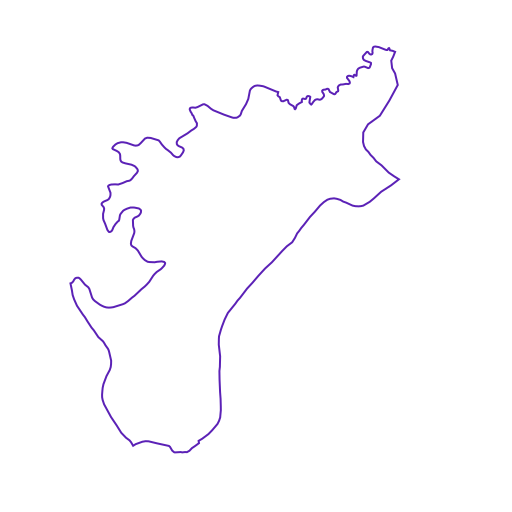 Xaybuly, Savannakhét, Laos (Albers equal-area conic projection), rotated 345°
{"feature_id": "54806243B76472997498531", "entity_name": "Xaybuly", "entity_type": "district", "adm_level": 2, "iso_a3": "LAO", "parent_name": "Laos", "parent_adm1": "Savannakhét", "projection": "albers", "projection_center": [104.961, 16.917], "detail": "fine", "context": "isolated", "style": "outline", "palette": "violet", "viewbox_px": 512, "rotation_deg": 345, "n_neighbors": 0, "source": "geoboundaries", "source_scale": "gbopen_adm2", "svg_char_len": 6052}
<svg xmlns="http://www.w3.org/2000/svg" viewBox="0 0 512 512"><g transform="rotate(345 256 256)"><path d="M443.2,94.8L441.1,93.2L438.7,92.0L438.6,91.5L438.5,90.0L438.3,89.6L437.7,89.7L436.3,91.0L435.4,90.8L434.5,90.3L428.7,86.0L425.4,84.5L424.1,84.4L423.6,84.5L422.9,85.0L421.8,87.2L421.4,88.4L421.2,90.0L420.5,91.0L419.5,91.2L418.6,90.9L417.8,89.9L416.9,87.9L416.3,87.6L415.8,87.6L411.3,90.5L410.7,91.3L410.5,93.0L410.8,94.1L411.1,94.7L412.7,96.1L416.5,98.7L417.0,99.2L416.9,99.8L416.7,100.5L414.6,103.3L413.7,103.6L412.9,103.5L409.9,101.2L408.9,100.9L405.3,101.0L403.6,101.4L403.0,101.7L401.9,102.7L401.2,103.7L399.8,107.8L399.6,107.9L399.1,107.7L398.2,106.6L397.9,106.4L397.4,106.6L396.4,108.4L395.1,107.3L393.2,106.2L392.0,105.9L391.1,106.0L390.3,106.5L390.0,107.5L391.5,111.2L391.6,112.5L391.3,113.3L391.0,113.6L389.7,113.8L387.5,113.0L384.4,112.8L382.1,112.3L380.3,112.7L379.2,113.5L378.6,114.3L378.3,117.4L377.9,118.1L376.1,118.5L374.6,119.9L373.8,120.1L373.1,119.8L369.9,116.7L369.3,113.7L368.7,113.1L368.0,112.9L365.9,113.2L364.7,112.9L363.4,113.0L362.7,113.5L362.5,114.6L363.3,117.0L363.3,118.4L363.1,119.1L362.2,119.9L360.3,121.2L358.9,121.6L357.8,121.5L356.0,120.5L355.5,120.4L354.1,120.4L353.3,120.6L351.3,121.9L349.2,123.7L348.5,124.0L348.0,123.3L347.3,121.7L347.6,120.8L349.6,116.4L349.4,116.0L348.4,115.2L347.1,114.9L346.3,115.3L345.1,116.9L344.7,117.1L343.9,117.0L342.4,116.2L341.8,116.1L341.5,116.2L341.1,116.5L340.5,117.5L340.2,119.1L337.2,119.8L334.8,120.7L334.3,121.0L332.6,123.8L331.7,124.3L331.4,124.0L331.3,122.1L330.9,120.9L328.2,118.3L327.4,117.1L327.1,116.4L327.2,114.0L327.0,113.5L326.1,113.0L322.3,113.6L320.8,113.0L320.5,112.6L320.3,112.0L320.1,108.8L318.9,107.5L318.4,106.3L319.9,103.4L318.1,102.4L307.8,94.5L306.7,93.8L303.6,92.4L301.4,91.6L299.2,91.4L298.3,91.5L296.5,92.1L294.7,93.0L293.8,93.7L292.9,94.7L289.2,102.3L285.7,106.7L279.9,112.2L278.0,115.1L276.9,116.2L274.3,117.2L273.0,117.4L271.2,117.0L269.8,116.6L268.6,115.9L261.7,111.2L252.5,104.2L250.6,102.1L248.1,98.5L246.1,96.6L245.3,96.0L244.1,95.8L238.1,97.0L235.8,97.1L233.5,96.2L231.7,95.9L230.9,96.0L230.3,96.4L229.9,97.4L230.2,99.7L230.7,101.1L231.1,103.5L231.5,103.8L231.8,104.5L232.0,106.4L232.6,110.2L233.3,112.5L232.6,114.8L232.0,115.6L231.2,116.1L228.8,117.2L226.0,118.0L221.6,119.8L213.2,122.2L212.1,122.6L210.2,124.0L208.9,125.5L208.5,127.4L208.9,128.7L209.9,129.9L212.3,131.8L213.0,132.5L213.7,133.9L213.5,135.4L212.3,137.0L209.5,139.4L208.1,140.3L206.6,140.4L205.4,140.2L204.2,139.5L202.8,138.2L202.0,137.1L200.6,134.2L198.1,130.8L196.8,129.3L195.6,127.3L193.9,123.9L192.7,120.6L191.9,119.1L184.8,114.7L181.6,113.6L179.2,113.8L173.9,117.1L171.4,118.4L170.2,118.5L168.4,118.3L166.8,117.6L160.3,113.2L157.2,111.8L155.0,111.2L151.5,111.2L149.1,111.9L146.4,113.4L145.6,114.1L145.1,114.9L145.4,115.7L148.6,118.4L150.0,119.9L150.4,120.5L151.0,122.4L150.8,124.0L150.1,126.8L149.9,128.0L150.0,129.0L150.3,130.0L151.3,131.1L153.8,132.7L159.4,135.6L161.7,137.5L162.5,138.4L163.7,140.8L164.0,141.8L163.9,143.3L162.6,144.8L158.8,147.2L156.4,149.1L154.3,150.3L153.0,150.5L150.6,150.3L146.1,151.0L141.4,151.3L138.4,150.3L134.7,149.5L132.9,149.5L131.6,149.9L131.1,150.5L131.8,157.3L131.2,159.5L130.4,161.0L129.5,162.0L128.4,163.0L126.9,163.5L123.4,164.0L122.3,164.3L121.2,164.8L120.4,165.5L120.2,166.6L121.5,169.4L121.6,170.8L121.1,172.3L119.2,175.7L118.1,179.9L118.0,181.9L118.6,185.7L119.2,192.3L120.1,194.6L120.9,195.0L121.9,194.9L123.0,194.5L124.0,193.6L125.8,191.2L128.5,188.8L131.4,186.9L132.6,186.5L133.3,185.5L135.2,181.3L136.2,180.2L139.4,177.9L140.9,177.4L143.7,176.9L147.2,176.7L149.7,177.3L151.2,177.8L155.2,179.8L156.5,181.5L156.7,182.5L156.1,184.1L155.3,185.1L153.4,186.6L151.9,187.1L148.7,187.6L147.1,188.6L146.4,189.4L145.1,195.1L145.0,196.7L145.2,198.4L145.1,199.9L144.8,201.2L144.2,202.5L139.4,209.2L138.4,211.6L138.3,212.3L138.4,213.6L139.2,214.8L141.6,217.2L142.5,218.7L143.3,220.2L145.3,227.2L146.2,229.0L147.5,231.1L149.8,233.5L151.6,234.3L156.4,235.8L159.0,236.0L163.5,236.8L165.8,238.0L166.4,239.2L166.2,239.9L164.9,241.5L162.1,243.3L160.6,244.1L156.0,245.7L153.2,247.3L151.5,248.5L146.2,253.3L143.1,255.3L140.6,256.7L136.8,258.4L128.3,263.0L125.5,264.1L120.8,266.4L117.1,267.8L115.0,268.1L105.0,268.5L102.5,268.2L100.2,267.7L98.1,266.9L96.0,265.6L94.3,264.2L92.6,262.6L88.7,257.8L87.5,255.8L86.9,253.7L86.5,244.7L85.9,242.8L83.4,239.4L80.7,233.4L79.7,231.8L79.0,231.1L77.1,230.6L75.8,230.7L74.3,231.7L72.8,233.3L71.1,234.3L69.7,234.4L69.3,241.5L68.8,246.2L69.1,250.8L70.2,257.7L73.6,267.7L74.9,270.8L76.3,275.6L78.6,282.6L80.1,285.8L82.7,293.5L86.2,298.9L86.9,301.0L87.5,303.3L89.0,307.3L89.3,309.1L89.3,311.2L89.0,319.6L88.0,323.0L86.9,325.7L85.2,328.3L80.5,333.3L75.5,340.3L73.8,343.6L72.7,346.5L71.4,350.2L70.8,352.7L70.6,355.4L70.9,360.0L74.3,374.1L77.5,383.4L80.1,391.9L83.4,397.9L86.1,401.3L87.1,403.5L88.2,407.5L91.1,406.6L98.2,406.0L101.4,406.3L104.3,407.2L112.0,411.4L122.7,416.9L123.5,418.0L124.7,422.3L126.1,424.3L126.7,424.7L132.6,425.9L133.9,426.6L136.7,427.0L138.5,427.6L141.3,426.9L144.4,425.0L147.9,423.8L152.5,422.0L152.7,419.7L156.7,418.6L164.0,415.7L168.5,413.0L175.3,408.3L177.7,405.6L179.6,402.7L182.1,395.9L183.1,392.0L184.8,384.9L186.1,378.1L188.8,366.0L190.9,357.6L192.4,353.8L195.4,343.6L197.1,332.0L198.7,326.4L199.5,324.0L203.1,318.0L205.1,315.0L209.3,309.2L214.1,303.7L223.6,296.8L226.6,294.3L229.7,292.3L238.9,285.2L245.7,280.9L253.1,275.8L261.6,270.4L269.7,266.2L282.5,258.0L288.3,254.6L294.5,252.1L298.4,248.5L301.6,244.8L304.0,243.1L307.0,240.6L310.2,238.4L318.3,232.2L324.1,228.6L331.0,223.8L335.5,221.5L339.5,220.1L342.4,219.9L346.3,220.5L348.9,221.7L352.1,223.7L354.3,226.0L356.9,227.8L362.3,232.3L364.9,233.6L368.0,234.6L370.3,235.0L372.7,235.1L379.9,233.1L384.7,230.9L393.6,226.3L404.8,222.7L413.9,218.9L409.9,214.6L405.8,209.8L400.7,200.9L396.6,195.7L394.9,191.6L392.8,188.0L391.5,184.5L389.7,181.5L388.8,177.7L388.9,173.6L391.6,164.4L398.3,157.8L411.9,152.6L425.0,140.4L437.2,127.5L437.6,115.7L436.1,109.8L437.2,102.3L440.1,99.0L443.2,94.8Z" fill="none" stroke="#5b21b6" stroke-width="2"/></g></svg>